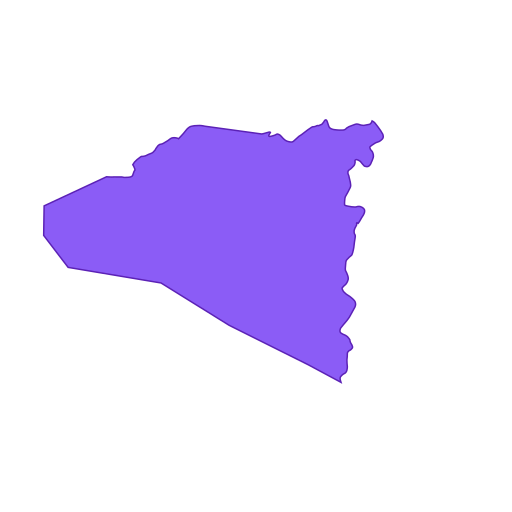 the district of Ceguaca, Santa Bárbara, Honduras, rotated 239°
{"feature_id": "27666195B41370347512850", "entity_name": "Ceguaca", "entity_type": "district", "adm_level": 2, "iso_a3": "HND", "parent_name": "Honduras", "parent_adm1": "Santa Bárbara", "projection": "orthographic", "projection_center": [-88.209, 14.817], "detail": "fine", "context": "isolated", "style": "filled", "palette": "violet", "viewbox_px": 512, "rotation_deg": 239, "n_neighbors": 0, "source": "geoboundaries", "source_scale": "gbopen_adm2", "svg_char_len": 6109}
<svg xmlns="http://www.w3.org/2000/svg" viewBox="0 0 512 512"><g transform="rotate(239 256 256)"><path d="M103.9,263.8L106.3,264.4L107.1,264.7L107.7,265.0L108.1,265.3L108.5,265.7L108.8,266.0L109.0,266.5L109.2,267.1L109.5,268.1L109.7,269.1L109.8,270.3L109.7,271.8L109.8,272.4L109.9,272.8L110.1,273.4L110.5,274.1L110.9,274.7L111.4,275.2L112.8,276.4L113.9,277.2L117.2,278.8L120.1,280.4L122.9,282.5L125.4,284.1L126.0,284.6L126.2,284.9L126.5,285.5L126.8,286.6L126.9,287.2L126.8,288.1L126.8,288.6L126.9,289.2L127.1,290.0L127.3,290.6L127.6,291.3L127.9,291.6L128.2,291.9L128.9,292.1L129.8,292.3L130.5,292.4L132.6,292.4L133.4,292.5L134.7,292.8L135.9,293.3L137.5,293.2L138.6,293.0L139.5,292.9L140.1,292.7L140.7,292.4L141.5,292.1L142.3,291.6L144.1,290.3L144.8,289.9L145.9,289.3L146.7,289.0L147.4,289.0L148.0,289.1L148.6,289.4L149.2,289.8L149.7,290.3L150.2,290.9L150.6,291.4L150.8,291.9L152.1,295.5L153.9,300.8L154.9,303.2L155.7,304.9L161.2,314.4L161.7,315.0L162.2,315.6L162.8,316.1L163.3,316.5L164.4,317.0L165.4,317.3L166.3,317.4L167.4,317.3L169.5,316.8L171.3,316.2L173.2,315.5L175.8,314.2L176.9,313.7L177.9,313.4L179.6,312.9L180.7,312.7L181.6,312.7L182.4,312.8L183.3,312.9L183.8,313.1L184.1,313.3L184.4,313.6L184.7,314.7L185.1,316.1L185.4,317.9L185.7,318.9L186.2,319.9L186.9,321.1L187.7,322.1L188.3,322.8L188.9,323.3L189.8,323.8L190.5,324.1L191.5,324.4L192.3,324.6L194.6,325.0L197.0,325.2L197.7,325.3L198.3,325.6L199.1,326.0L199.7,326.4L204.7,330.0L205.1,330.5L205.6,331.0L206.0,331.9L206.2,332.6L207.0,335.5L207.3,337.6L207.5,338.5L207.7,338.9L208.1,339.4L209.2,340.7L211.0,342.5L212.9,344.2L217.4,347.7L220.5,350.3L221.8,351.3L222.2,351.5L222.8,351.7L223.2,351.8L224.1,351.8L224.7,351.9L225.2,352.1L225.7,352.3L226.6,352.8L227.3,353.3L227.6,353.6L228.3,354.4L229.0,355.3L230.5,357.8L230.8,358.2L231.3,358.6L231.6,358.8L232.3,359.1L232.5,359.4L232.5,359.6L232.4,359.8L232.0,360.1L231.4,360.4L232.2,362.3L234.3,366.1L235.7,368.9L236.1,369.6L236.6,370.3L237.2,371.1L237.9,371.8L238.5,372.2L239.0,372.5L239.8,372.8L240.6,372.8L241.4,372.7L242.2,372.4L242.9,372.1L243.8,371.5L244.6,370.9L245.2,370.2L245.7,369.4L246.1,368.6L246.5,367.2L246.9,366.2L247.9,364.8L248.8,363.5L251.2,360.7L252.6,359.2L253.1,358.8L253.5,358.5L253.9,358.4L254.2,358.3L254.5,358.4L255.5,359.0L256.9,359.9L258.7,361.2L260.1,362.3L260.4,362.7L260.8,363.1L261.2,363.8L263.5,367.8L266.0,371.8L266.7,372.7L267.3,373.2L267.7,373.5L268.7,374.0L270.8,374.9L275.3,376.3L276.7,376.8L279.3,377.3L279.9,377.6L280.7,378.1L281.0,378.4L281.3,378.7L281.5,379.0L281.6,379.4L281.8,380.1L281.9,381.9L282.2,383.4L282.8,385.7L283.1,386.7L283.4,387.2L283.8,387.8L284.8,388.8L285.5,389.4L285.8,389.5L286.4,389.7L286.6,389.8L286.8,390.0L287.1,390.5L287.1,390.9L287.1,391.2L287.0,391.6L286.8,391.9L286.0,392.6L285.0,393.3L283.7,394.0L283.1,394.2L279.7,394.7L277.7,395.1L277.3,395.2L277.0,395.4L276.5,395.9L275.9,396.5L275.4,397.2L275.1,397.9L275.0,398.5L275.0,399.3L275.1,400.0L275.5,400.9L275.9,401.8L277.1,403.4L277.9,404.6L279.6,406.7L279.9,407.1L280.4,407.5L280.8,407.9L281.4,408.2L282.1,408.6L282.9,408.9L283.6,409.1L284.5,409.3L285.3,409.4L285.9,409.4L286.5,409.3L287.5,409.1L288.4,409.0L289.4,409.2L290.3,409.4L290.5,409.5L290.8,409.8L291.0,410.4L291.2,411.8L291.3,412.9L291.4,415.8L291.4,416.8L291.3,417.5L290.9,419.5L290.7,420.6L290.7,421.4L290.8,422.7L291.1,424.0L291.2,424.6L291.5,425.1L291.7,425.6L292.0,425.9L292.3,426.2L292.7,426.5L293.2,426.8L293.8,427.0L294.6,427.3L295.2,427.4L297.2,427.4L299.5,427.4L304.3,427.0L308.3,426.5L309.0,426.4L309.7,426.2L310.5,425.9L311.1,425.6L312.0,425.1L311.6,424.6L311.2,424.0L310.9,423.5L310.6,422.8L310.5,422.4L310.4,421.8L310.4,421.3L310.5,420.9L311.8,417.4L312.4,415.7L312.7,415.3L313.5,414.2L314.5,413.1L315.2,412.5L316.0,411.8L316.5,411.3L317.2,410.4L317.5,409.7L317.8,408.8L318.1,407.2L318.7,404.0L319.0,402.2L319.0,400.8L319.0,399.7L318.9,399.2L318.6,398.1L318.6,397.6L318.7,396.8L318.9,396.0L319.4,395.0L320.9,392.4L322.6,390.0L324.0,388.2L324.6,387.5L325.1,387.0L325.8,386.4L326.5,385.9L327.2,385.5L327.8,385.3L328.4,385.2L329.2,385.1L333.7,386.1L335.2,386.4L335.9,386.4L336.2,386.3L336.5,386.2L336.7,385.9L336.9,385.6L336.9,385.2L336.8,384.7L336.6,384.2L336.1,383.3L335.8,382.6L335.1,380.6L335.0,380.1L335.1,379.4L335.3,378.3L335.4,377.1L335.5,376.8L336.0,376.2L336.2,375.7L336.4,375.0L336.5,373.8L336.7,373.1L337.0,372.2L337.5,371.3L337.6,371.0L337.7,370.5L337.7,369.6L337.6,367.9L337.5,365.8L337.1,362.1L336.6,357.8L336.5,355.4L336.5,354.6L335.0,346.9L335.1,346.3L335.1,345.9L335.3,345.4L335.5,345.0L335.9,344.4L336.2,344.0L337.3,342.8L338.5,341.7L339.6,341.0L340.7,340.5L341.9,340.1L343.0,339.8L345.5,339.3L347.1,338.9L347.7,338.6L348.2,338.3L349.0,337.7L349.5,337.2L349.7,336.7L349.8,336.2L349.8,335.2L349.9,334.5L350.2,333.0L350.8,330.8L351.3,329.6L351.5,329.2L351.9,328.9L352.2,328.8L352.5,328.9L352.8,329.1L353.0,329.3L353.3,329.8L354.4,331.9L354.5,332.0L354.8,331.9L355.1,331.7L355.3,331.4L355.5,331.0L357.0,325.6L357.6,323.8L393.6,279.0L394.8,277.7L396.1,276.1L396.7,275.2L397.3,274.2L399.3,270.5L399.9,269.0L400.3,267.9L400.7,266.6L400.8,265.5L400.7,264.3L400.5,262.9L400.1,261.6L398.4,256.9L397.3,253.2L396.4,250.0L397.1,249.6L397.8,249.0L398.6,248.1L399.3,247.2L399.8,246.4L400.2,245.5L400.5,244.7L400.6,243.9L400.6,242.7L400.3,239.9L400.3,237.2L400.3,234.5L400.4,233.8L400.5,233.1L400.7,232.4L401.0,231.6L401.2,231.1L401.2,230.5L401.2,229.8L401.0,228.7L400.3,227.0L399.7,225.6L398.8,224.1L398.5,223.1L398.1,221.7L397.9,221.0L397.9,220.4L397.9,219.5L398.5,216.0L398.7,213.4L398.9,212.5L399.1,211.8L399.5,210.7L399.7,210.2L400.2,209.5L400.3,209.0L400.4,208.6L400.3,207.2L399.9,203.7L399.3,201.2L399.1,200.3L398.5,199.0L397.7,197.4L396.2,197.4L395.3,197.3L393.2,197.0L392.7,196.8L392.2,196.6L391.8,196.2L391.6,195.5L391.3,195.0L390.0,193.4L389.0,192.2L388.6,191.8L388.3,191.1L388.3,190.7L388.3,190.3L388.3,189.8L388.4,189.2L388.9,187.8L389.5,186.6L390.6,184.6L391.3,183.4L392.4,182.2L392.9,181.6L396.9,175.0L398.0,173.0L398.7,171.9L399.9,170.1L400.9,168.7L408.1,100.2L383.0,84.6L343.0,89.1L281.8,160.7L210.4,197.3L135.8,244.8L103.9,263.8Z" fill="#8b5cf6" stroke="#5b21b6" stroke-width="1.5"/></g></svg>